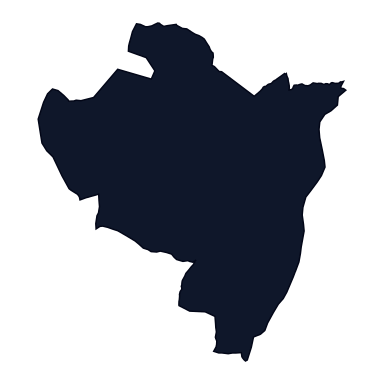 Obowo, Imo, Nigeria (Equal Earth projection)
{"feature_id": "59680162B2017456399117", "entity_name": "Obowo", "entity_type": "district", "adm_level": 2, "iso_a3": "NGA", "parent_name": "Nigeria", "parent_adm1": "Imo", "projection": "equal_earth", "projection_center": [7.374, 5.555], "detail": "fine", "context": "isolated", "style": "filled", "palette": "ink", "viewbox_px": 384, "rotation_deg": 0, "n_neighbors": 0, "source": "geoboundaries", "source_scale": "gbopen_adm2", "svg_char_len": 3268}
<svg xmlns="http://www.w3.org/2000/svg" viewBox="0 0 384 384"><path d="M319.7,137.9L319.0,129.4L319.8,121.9L324.8,114.4L331.1,110.7L336.1,106.2L337.4,105.1L338.2,96.6L345.8,90.2L343.6,88.6L341.2,88.3L340.7,87.3L341.2,85.7L343.5,81.4L341.3,82.0L340.3,81.9L339.7,82.7L338.3,83.3L335.1,83.4L333.6,83.0L332.7,82.7L331.8,82.7L330.8,83.2L329.2,84.8L327.8,83.8L326.5,83.7L325.7,83.7L324.7,84.2L323.2,84.3L321.4,83.4L318.7,83.3L317.2,83.6L313.1,82.9L311.7,83.9L310.4,84.9L309.6,85.2L308.6,85.6L307.4,85.8L306.3,85.6L305.2,85.6L303.7,84.9L302.8,84.4L302.2,84.0L301.2,84.0L300.5,84.3L299.6,84.5L298.8,84.8L298.1,85.1L297.3,85.2L296.4,85.0L294.6,85.2L294.2,85.2L293.5,86.4L292.6,88.7L291.4,89.5L290.2,89.8L289.1,90.0L289.2,88.7L289.3,87.3L289.2,85.6L288.8,83.3L288.3,81.2L288.0,78.5L287.1,76.6L286.7,75.3L286.4,73.9L286.2,74.2L284.6,73.5L281.6,75.7L276.8,79.1L275.2,80.4L274.6,80.4L273.2,81.4L271.9,82.9L271.2,83.5L269.8,83.9L268.4,84.3L267.8,84.7L265.8,86.4L264.4,86.5L263.2,87.3L262.3,88.9L260.1,91.3L254.2,96.3L221.6,71.7L219.1,71.5L214.4,66.6L211.9,65.3L212.2,63.4L212.7,59.0L213.3,57.3L213.2,55.0L213.0,53.0L211.5,51.7L210.1,49.4L209.1,46.7L206.5,42.7L204.3,39.1L202.2,37.5L198.9,35.6L196.1,34.6L194.9,34.1L191.6,32.1L186.8,28.9L182.3,28.4L176.8,25.4L176.2,24.4L167.2,25.7L163.8,26.4L160.5,24.4L159.5,23.3L157.8,23.0L154.6,24.5L151.8,25.9L148.0,26.7L145.6,26.8L140.3,24.4L136.5,23.8L132.5,31.6L130.8,38.1L129.4,43.0L128.7,46.0L128.4,51.2L146.2,57.6L154.9,70.8L151.3,79.1L117.7,69.3L93.6,97.5L81.0,100.7L76.1,100.2L73.9,101.0L68.8,101.2L68.1,99.9L63.8,95.5L58.0,90.6L52.5,89.0L47.6,93.8L43.6,102.3L38.2,119.1L40.3,132.5L42.0,143.1L46.8,150.8L53.0,156.9L62.1,176.0L69.1,188.7L71.0,190.2L74.5,192.4L77.4,194.2L78.7,195.8L79.5,197.3L79.8,198.9L80.0,199.9L80.6,199.7L86.0,197.7L88.4,197.1L90.7,196.4L95.1,195.2L98.7,194.1L99.0,200.3L99.5,206.7L98.5,212.9L97.0,215.7L95.8,223.6L96.1,228.9L99.9,226.4L102.6,226.1L107.7,227.3L113.0,229.2L117.7,230.7L125.0,234.9L135.0,240.9L138.9,244.1L143.3,248.1L148.1,249.6L151.1,251.6L156.7,252.0L160.3,251.1L166.6,252.5L171.6,254.1L174.2,257.3L176.6,259.5L182.6,261.3L183.5,261.3L186.1,260.9L187.5,260.7L188.5,260.8L189.2,261.3L192.9,262.2L196.0,259.9L195.1,261.3L195.1,261.5L195.0,261.8L194.0,263.4L193.2,264.8L192.3,265.7L191.2,266.9L189.1,269.6L186.3,272.9L185.9,273.4L184.8,276.1L183.6,278.3L182.5,280.3L182.2,281.1L181.9,283.2L181.9,284.1L181.8,284.8L181.6,285.5L181.3,286.3L181.4,286.6L181.7,287.6L181.8,288.9L181.5,289.7L180.2,291.5L179.5,294.3L179.6,296.0L179.5,297.5L179.3,299.9L179.0,301.4L178.9,304.6L179.0,305.6L189.7,311.1L205.2,311.8L215.0,316.4L215.6,324.1L215.8,327.5L216.1,329.6L216.4,332.0L215.4,337.2L215.8,338.6L216.8,341.0L216.6,344.5L216.1,346.9L213.7,351.3L218.7,352.9L221.8,352.9L228.2,353.7L232.3,353.0L235.5,353.0L241.3,352.6L241.9,356.7L242.6,357.9L244.0,359.7L245.5,361.0L247.3,360.0L247.7,358.6L251.3,347.3L253.5,337.0L260.5,334.2L264.8,330.5L267.6,323.0L273.3,312.6L278.3,304.2L283.2,298.6L286.8,292.1L289.6,285.5L293.2,277.0L295.2,271.7L295.4,271.4L298.9,262.0L300.4,253.6L301.2,247.0L304.1,231.0L303.5,224.4L302.2,215.0L302.9,207.4L305.8,197.1L310.8,190.6L315.4,184.4L317.1,182.1L321.4,175.6L325.0,167.1L324.3,160.5L322.3,150.2L320.4,141.1L319.7,137.9Z" fill="#0f172a" stroke="#020617" stroke-width="1.5"/></svg>